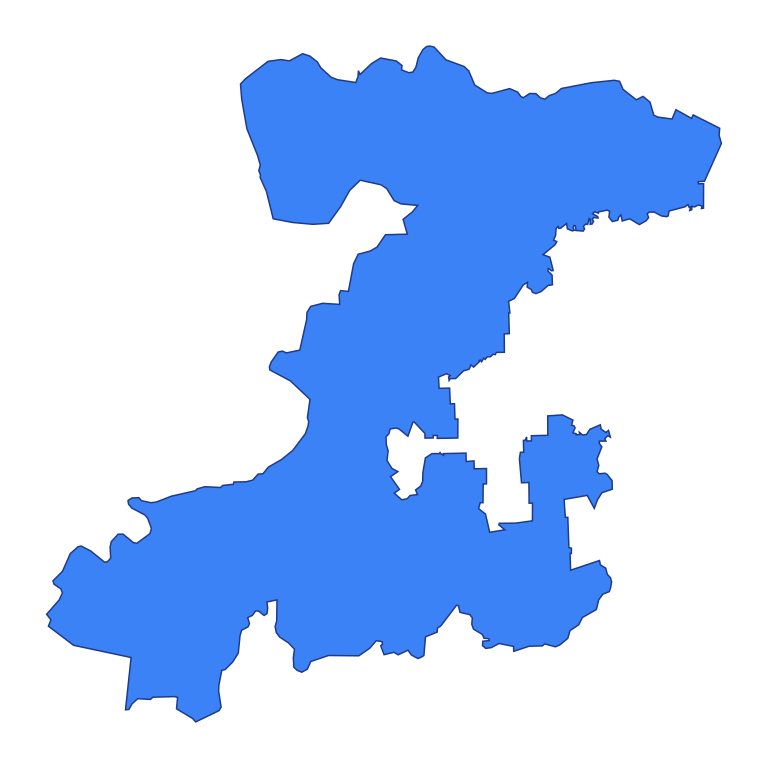 outline of Coxquihui, Veracruz, Mexico
{"feature_id": "50627088B19179472142749", "entity_name": "Coxquihui", "entity_type": "district", "adm_level": 2, "iso_a3": "MEX", "parent_name": "Mexico", "parent_adm1": "Veracruz", "projection": "natural_earth1", "projection_center": [-97.543, 20.215], "detail": "fine", "context": "isolated", "style": "filled", "palette": "blue", "viewbox_px": 768, "rotation_deg": 0, "n_neighbors": 0, "source": "geoboundaries", "source_scale": "gbopen_adm2", "svg_char_len": 6066}
<svg xmlns="http://www.w3.org/2000/svg" viewBox="0 0 768 768"><path d="M128.9,709.5L132.0,703.9L137.7,698.7L150.5,699.4L152.9,697.2L174.5,696.6L177.6,697.4L176.5,708.8L192.6,718.5L195.7,721.9L219.1,710.6L221.1,707.1L218.6,691.0L218.9,685.0L221.8,670.3L225.1,669.6L232.6,662.1L238.3,653.1L240.0,635.8L241.6,630.3L248.1,626.8L249.5,623.7L247.7,617.6L252.4,615.4L255.6,610.9L258.6,611.1L264.1,615.5L267.0,613.6L267.7,607.9L266.9,602.0L277.0,599.9L276.7,620.9L275.1,626.6L276.3,632.5L279.7,637.1L288.4,642.8L294.5,649.2L293.3,657.8L293.9,667.3L297.1,670.3L301.8,672.2L307.3,669.2L310.8,661.5L328.5,655.5L358.8,655.8L369.8,648.2L376.2,640.7L382.1,641.7L382.5,644.2L380.7,645.6L384.1,654.7L393.9,652.3L398.2,654.8L408.0,650.2L411.2,654.8L414.6,656.8L418.1,658.5L421.4,657.1L423.9,655.5L425.5,636.8L437.2,632.1L437.5,628.0L440.9,625.8L456.6,605.2L458.5,605.6L459.9,612.3L469.9,614.7L472.3,617.9L471.8,624.3L473.5,629.1L482.4,634.5L484.0,638.2L488.8,638.7L489.3,640.6L482.8,641.2L482.5,645.6L485.7,648.4L491.4,647.6L499.0,643.5L513.6,646.4L513.7,651.3L529.3,646.2L542.3,645.9L544.7,643.9L555.4,646.8L560.0,644.8L567.8,638.3L570.0,630.6L578.7,624.8L582.4,617.5L596.4,609.5L598.7,599.8L602.9,594.1L609.3,591.6L610.6,587.7L611.6,581.8L610.5,577.8L607.3,574.3L605.7,568.1L600.4,564.9L599.5,560.5L570.6,570.2L570.1,553.4L571.3,553.5L571.5,548.2L568.9,547.6L567.8,517.3L565.3,517.4L564.1,499.4L587.2,495.4L594.3,508.4L597.4,499.9L602.0,492.7L612.3,489.2L612.1,480.6L607.0,474.3L605.0,473.2L599.1,473.8L597.1,471.6L598.8,465.3L597.0,459.1L601.8,446.9L599.3,443.3L599.3,441.1L605.9,441.1L604.8,438.7L606.6,436.8L608.0,435.8L610.3,437.1L608.5,430.4L606.0,432.5L601.1,429.1L600.3,424.8L589.9,429.3L586.5,434.5L582.6,435.0L579.4,432.3L579.8,434.5L576.0,434.9L576.1,433.7L572.9,432.8L575.1,428.0L574.2,426.0L571.6,425.1L572.9,420.1L562.4,414.9L547.7,415.9L547.8,435.3L531.4,435.7L531.4,440.9L526.7,441.0L526.7,437.0L524.9,440.4L523.4,440.4L523.7,452.2L520.4,452.3L519.4,458.6L521.5,482.8L528.9,482.5L529.1,503.2L532.5,503.1L532.4,520.8L516.0,523.1L499.3,523.3L498.8,524.8L504.8,529.8L489.7,532.3L485.5,514.1L478.6,508.6L480.2,502.7L483.0,502.7L483.2,484.0L486.5,483.9L486.5,468.5L474.2,468.8L474.0,460.9L466.2,461.5L466.0,453.1L443.4,453.6L443.6,455.2L440.2,453.3L440.0,451.9L439.8,453.6L432.0,453.6L425.4,457.9L422.9,472.5L422.7,481.2L420.7,486.1L415.6,489.9L417.4,494.6L410.1,495.5L407.2,498.7L401.8,499.8L394.2,493.1L399.5,489.4L390.5,476.6L397.9,471.6L391.8,468.3L387.0,460.5L388.1,450.8L386.3,444.4L386.0,436.9L388.9,433.8L390.1,429.0L395.9,428.0L398.8,428.8L407.9,436.2L413.0,422.0L414.2,422.0L424.9,433.4L425.0,438.1L433.2,438.0L433.2,435.4L434.4,435.4L437.4,435.5L437.2,438.4L457.8,438.0L457.9,419.0L455.0,419.1L454.5,403.7L450.3,403.9L449.6,388.1L439.1,388.3L438.5,377.1L446.5,373.7L450.2,375.6L448.6,377.0L449.1,380.4L450.3,378.6L455.6,378.6L463.6,370.8L469.1,369.2L471.0,364.9L473.6,367.1L479.6,361.5L479.1,360.5L480.6,360.0L481.6,361.7L483.8,358.2L485.2,359.4L487.3,356.8L490.3,356.8L493.3,354.2L495.3,354.6L496.3,352.4L504.4,352.3L504.2,333.9L509.3,333.7L508.7,312.9L509.9,312.9L508.6,301.3L514.4,298.5L523.2,285.0L527.5,282.3L527.2,287.2L531.4,289.6L532.3,292.2L535.9,293.6L541.2,291.5L548.0,285.5L552.4,284.8L552.1,275.1L547.9,271.0L548.3,268.5L551.7,270.8L553.2,270.5L549.9,257.2L543.0,254.7L555.1,244.7L556.8,241.6L553.6,240.2L555.6,235.3L556.1,228.5L557.9,226.4L558.8,228.4L560.8,228.1L566.6,223.5L567.4,228.9L572.3,230.9L574.4,230.3L573.0,227.6L574.0,225.5L575.3,225.7L576.0,230.5L583.2,231.1L584.6,228.9L583.4,226.5L585.7,224.0L587.7,224.5L589.1,218.5L590.2,219.2L590.2,224.4L592.1,224.0L593.6,221.4L592.3,219.1L593.8,217.5L598.0,218.1L597.8,216.6L592.6,213.6L594.6,211.7L598.4,213.2L598.6,211.9L607.4,210.1L609.6,211.3L608.9,217.1L612.3,221.5L617.8,220.3L618.9,216.8L621.0,215.0L622.2,221.0L629.7,218.8L639.3,224.6L646.1,220.8L648.6,217.6L647.2,213.7L649.3,212.1L654.3,212.1L661.3,215.9L666.6,216.7L668.1,216.0L669.1,211.0L685.0,206.8L687.9,204.6L689.2,207.4L690.9,206.7L689.7,210.4L691.7,209.8L692.0,206.3L694.6,206.9L698.3,205.0L702.1,206.1L701.4,208.5L703.5,208.2L703.6,183.7L698.3,183.7L698.2,181.6L704.5,181.2L721.4,143.5L719.1,135.3L719.7,128.3L693.2,114.9L691.6,118.4L675.9,109.7L672.1,119.0L657.9,117.1L653.8,115.2L650.0,102.1L643.0,96.4L636.3,99.8L623.0,89.3L619.6,81.3L614.2,80.3L591.4,82.7L561.4,88.5L555.4,93.5L549.3,95.6L544.7,99.3L540.3,97.7L535.8,93.6L529.7,93.5L523.4,97.7L520.9,96.6L517.7,92.1L509.6,88.6L491.9,93.4L487.1,92.8L474.7,85.0L468.8,71.0L464.2,66.5L445.9,59.8L434.2,47.1L430.0,46.1L426.6,46.5L422.8,49.7L418.2,58.0L415.9,67.3L412.8,72.1L408.9,72.7L401.6,69.9L402.0,65.5L396.4,61.0L380.6,58.0L371.5,63.6L360.0,74.5L358.4,70.7L358.0,76.6L355.8,82.5L337.5,79.7L331.1,77.2L320.7,67.7L317.3,61.9L309.9,56.1L302.7,53.7L289.3,60.9L280.9,59.6L268.1,61.3L245.7,78.6L240.5,84.0L241.7,99.1L246.9,128.8L257.5,155.3L260.3,165.1L258.8,170.5L260.5,175.1L260.1,177.3L266.4,191.4L273.2,218.8L292.7,222.5L312.9,224.3L328.6,223.3L340.7,206.5L349.7,190.4L360.2,180.2L381.1,184.8L386.7,188.6L394.1,200.6L401.0,203.9L417.7,205.4L412.4,211.9L403.1,219.3L407.3,234.2L385.5,234.7L377.0,247.1L370.0,251.1L358.2,254.2L353.6,263.7L348.4,291.4L340.6,290.6L339.1,294.7L339.7,304.4L322.7,303.3L310.7,306.4L307.0,312.4L306.6,319.7L299.8,350.1L286.4,352.9L282.4,351.1L278.2,352.0L271.0,362.3L269.4,366.9L269.8,369.9L290.4,380.9L310.0,399.4L307.4,417.7L308.7,421.5L308.0,426.3L305.3,433.8L292.7,450.5L281.4,459.6L268.5,467.0L262.9,473.8L258.1,474.1L252.6,480.2L245.8,481.8L233.9,482.0L233.3,484.3L222.8,485.4L220.5,487.5L204.9,486.7L197.4,488.8L195.2,490.8L171.3,496.2L156.2,502.1L150.8,502.7L141.3,500.6L138.9,497.7L131.9,498.0L128.0,500.5L128.5,504.1L131.8,508.1L144.8,514.9L147.7,518.4L151.4,528.3L150.0,533.6L136.8,543.3L133.3,542.6L123.0,534.1L118.2,534.2L111.3,541.6L110.1,546.9L110.7,558.2L107.4,561.7L104.6,562.2L90.6,550.9L81.1,546.0L78.0,546.8L70.3,553.6L62.5,571.3L53.0,580.8L54.0,584.2L60.9,588.9L62.4,593.0L59.2,599.9L46.6,614.3L50.9,619.8L48.4,626.2L73.6,645.3L131.1,657.5L125.5,709.8L128.9,709.5Z" fill="#3b82f6" stroke="#1e3a8a" stroke-width="1.5"/></svg>